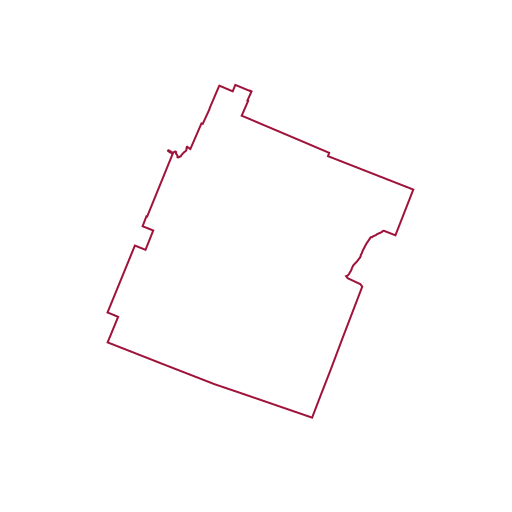 Guaminí, Buenos Aires, Argentina, rotated 246°
{"feature_id": "61730980B37938021690792", "entity_name": "Guaminí", "entity_type": "district", "adm_level": 2, "iso_a3": "ARG", "parent_name": "Argentina", "parent_adm1": "Buenos Aires", "projection": "orthographic", "projection_center": [-62.287, -36.903], "detail": "fine", "context": "isolated", "style": "outline", "palette": "rose", "viewbox_px": 512, "rotation_deg": 246, "n_neighbors": 0, "source": "geoboundaries", "source_scale": "gbopen_adm2", "svg_char_len": 3691}
<svg xmlns="http://www.w3.org/2000/svg" viewBox="0 0 512 512"><g transform="rotate(246 256 256)"><path d="M425.6,290.7L409.8,273.7L409.2,273.4L398.4,261.1L399.3,260.1L380.4,239.5L381.2,239.0L381.4,238.9L381.6,238.8L381.9,238.7L382.2,238.5L382.4,238.3L382.5,238.1L383.0,237.9L383.5,237.8L383.8,237.6L383.8,237.2L383.6,236.9L383.2,236.8L382.9,236.6L382.5,236.3L382.2,236.1L381.8,235.9L381.5,235.8L381.3,235.7L381.2,235.5L381.1,235.4L380.9,235.0L380.6,234.7L380.4,234.3L380.3,233.8L380.3,233.3L380.2,233.0L380.0,232.6L379.9,232.2L379.7,231.7L379.5,231.1L379.4,230.8L379.2,230.5L379.0,230.0L378.9,229.6L378.8,229.4L378.5,229.0L378.3,228.7L378.0,228.4L377.8,227.9L377.6,227.6L377.7,227.3L377.8,227.0L377.8,226.8L377.7,226.4L377.6,226.1L377.6,225.7L377.6,225.4L377.7,225.0L377.8,224.8L378.0,224.5L378.3,224.4L378.5,224.6L378.7,224.8L378.9,225.0L379.2,225.1L379.5,225.0L379.8,225.0L380.2,225.0L380.7,224.9L381.0,224.9L381.3,224.8L381.8,224.6L382.2,224.6L382.6,224.8L382.9,225.0L383.2,225.2L383.5,225.3L383.8,225.1L384.2,224.9L384.2,224.5L384.4,224.0L384.3,223.5L384.2,223.0L384.0,222.6L383.9,222.2L383.7,221.7L383.7,221.4L384.0,221.1L384.3,221.2L384.5,221.4L384.7,221.6L384.9,221.4L385.1,221.1L385.4,221.0L385.8,220.8L385.9,220.6L386.2,220.3L386.7,220.1L387.0,220.0L387.1,219.7L387.6,219.5L387.9,219.4L388.2,219.1L388.2,218.8L388.1,218.6L387.9,218.4L387.6,218.4L387.3,218.5L387.1,218.7L386.8,219.0L386.5,219.3L386.2,219.4L385.9,219.4L385.7,219.6L385.5,219.9L385.3,220.1L384.9,220.4L384.6,220.6L384.3,220.7L383.9,220.8L383.6,220.9L383.4,221.0L383.2,221.1L383.1,221.3L336.3,172.6L336.8,172.0L329.3,164.5L321.1,172.5L306.6,157.6L314.8,149.6L264.8,97.4L256.5,105.3L237.4,85.3L196.6,125.5L155.9,165.8L132.5,191.1L85.5,241.5L102.6,258.6L121.8,278.0L145.1,301.0L184.8,340.6L187.8,339.9L198.3,330.8L200.9,330.1L200.9,330.4L200.9,330.8L200.9,331.1L200.9,331.6L201.0,331.9L201.1,332.5L201.4,333.1L201.6,333.5L201.9,334.1L202.3,334.5L202.8,334.8L203.0,335.2L203.2,335.6L203.5,336.2L203.8,336.6L204.2,337.1L204.6,337.6L205.0,337.9L205.5,338.3L206.0,338.7L206.4,339.3L206.7,339.7L207.0,340.0L207.3,340.3L207.6,340.6L207.8,340.8L207.9,341.3L208.0,341.6L208.2,341.9L208.5,342.4L208.7,343.0L208.9,343.5L209.0,343.9L209.3,344.2L209.4,344.8L209.7,345.3L209.9,345.8L210.0,346.3L210.3,346.7L210.6,347.2L210.9,347.6L211.0,348.0L211.2,348.4L211.4,348.7L211.7,349.1L211.9,349.5L212.0,350.0L212.3,350.5L212.6,350.8L213.0,351.0L213.3,351.6L213.7,351.8L214.1,352.0L214.5,352.3L214.8,352.8L215.1,353.3L215.4,353.6L215.7,354.0L215.9,354.3L216.3,354.5L216.7,354.8L217.0,355.2L217.3,355.6L217.8,356.0L218.0,356.3L218.4,356.7L218.6,357.0L218.9,357.6L219.4,358.0L219.6,358.3L219.6,358.6L220.0,358.9L220.3,359.2L220.4,359.4L220.7,359.8L221.0,360.0L221.3,360.4L221.5,360.7L221.7,361.0L221.8,361.2L222.0,361.5L222.3,361.8L222.6,362.1L222.8,362.4L223.0,363.0L223.3,363.4L223.6,363.7L223.8,364.1L224.0,364.5L224.3,364.9L224.4,365.1L224.5,365.3L224.6,365.6L224.8,365.7L224.9,365.9L225.0,366.1L225.2,366.4L225.4,366.6L225.4,366.9L225.6,367.3L225.8,367.5L226.1,367.7L226.4,368.1L226.5,368.3L226.5,368.6L226.4,368.9L226.2,369.2L226.0,369.5L226.1,370.0L226.1,370.3L226.3,370.8L226.4,371.4L226.4,371.7L226.4,372.1L226.3,372.6L226.3,373.0L226.3,373.5L226.3,373.9L226.4,374.4L226.5,374.6L226.6,374.8L226.6,375.0L226.7,375.5L226.6,376.0L226.7,376.5L226.8,377.0L226.7,377.5L226.7,377.9L226.7,378.3L226.6,378.8L226.6,379.1L226.7,379.8L226.8,380.4L226.8,381.0L227.1,381.5L227.3,382.0L227.2,382.5L227.1,382.8L227.0,383.1L218.2,391.8L252.7,426.7L317.9,362.4L320.5,364.8L390.0,300.0L400.9,311.9L401.5,311.4L408.2,318.9L409.6,317.7L409.4,317.4L420.7,306.7L415.9,301.7L426.5,291.8L425.6,290.7Z" fill="none" stroke="#9f1239" stroke-width="2"/></g></svg>